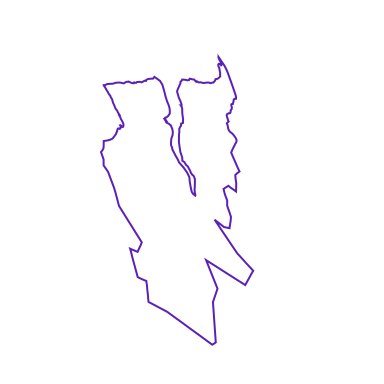 the district of Kåfjord nor 2, Troms, Norway, rotated 56°
{"feature_id": "86288312B7453580545213", "entity_name": "Kåfjord nor 2", "entity_type": "district", "adm_level": 2, "iso_a3": "NOR", "parent_name": "Norway", "parent_adm1": "Troms", "projection": "natural_earth1", "projection_center": [20.51, 69.497], "detail": "fine", "context": "isolated", "style": "outline", "palette": "violet", "viewbox_px": 384, "rotation_deg": 56, "n_neighbors": 0, "source": "geoboundaries", "source_scale": "gbopen_adm2", "svg_char_len": 5682}
<svg xmlns="http://www.w3.org/2000/svg" viewBox="0 0 384 384"><g transform="rotate(56 192 192)"><path d="M94.8,94.5L95.2,94.8L95.5,94.8L96.1,95.0L96.6,95.2L97.3,95.3L97.6,95.3L97.9,95.4L98.3,95.4L100.5,95.6L101.5,95.8L102.2,96.0L102.3,96.1L102.7,96.3L103.3,96.7L103.3,96.9L103.2,96.9L103.2,97.0L102.6,96.9L102.4,96.9L101.6,97.3L100.7,98.0L101.0,99.0L102.4,99.7L104.5,100.1L109.3,102.2L110.3,103.1L111.8,103.8L112.3,105.2L112.4,107.6L111.6,109.4L112.5,110.5L113.2,113.0L112.6,114.1L112.2,115.8L110.6,116.9L110.0,117.8L107.8,121.9L105.8,123.6L104.9,125.2L102.9,126.1L103.1,126.8L102.6,127.1L100.1,127.2L98.9,128.6L97.9,129.4L96.8,130.6L97.5,131.9L97.0,133.1L94.7,135.4L93.3,137.3L93.9,138.3L94.2,139.9L95.4,140.8L97.2,143.7L98.9,146.4L100.3,148.2L106.5,150.2L109.8,150.7L113.6,151.7L114.0,152.0L113.8,152.1L113.7,152.0L113.8,152.2L114.1,152.3L114.3,152.6L114.2,152.4L114.4,152.4L115.1,152.7L114.8,152.9L115.1,152.9L115.4,152.9L115.8,153.1L117.2,153.4L121.4,156.1L126.7,158.7L129.7,160.9L129.2,162.8L130.9,164.0L131.3,165.2L132.5,167.2L135.6,169.3L137.3,170.8L139.3,172.2L141.1,173.4L143.0,174.8L146.5,176.5L152.1,179.2L157.9,180.8L160.7,182.5L163.0,181.6L166.2,181.8L167.1,181.5L168.7,181.2L170.6,181.4L173.5,181.7L174.6,182.0L176.9,182.2L178.4,182.1L178.9,181.7L180.4,181.7L181.4,182.1L182.6,182.2L185.2,183.9L189.4,186.9L190.8,188.0L191.5,188.6L194.1,190.0L196.6,191.0L196.8,191.3L193.9,192.2L191.6,192.1L187.8,190.6L182.2,188.1L178.2,185.9L173.3,185.2L166.8,185.3L160.3,186.2L157.3,185.6L152.7,185.3L145.3,184.4L144.3,183.7L141.9,183.3L140.0,182.3L136.9,179.9L135.6,178.6L134.3,176.6L131.8,174.5L129.1,173.2L125.0,172.3L122.3,173.1L120.2,174.4L118.8,174.2L119.1,173.5L118.3,173.5L117.5,174.1L116.1,174.0L116.6,173.3L115.5,172.8L115.8,170.5L115.6,169.2L114.6,166.7L112.5,165.1L109.6,163.6L106.6,162.7L102.7,161.9L98.6,160.7L92.5,158.5L86.6,156.6L82.0,156.4L78.4,157.7L75.6,158.8L76.2,161.0L75.4,162.2L74.2,164.3L73.6,165.8L73.5,167.2L74.2,168.0L73.2,169.1L73.0,172.3L71.5,173.6L70.8,174.9L70.1,176.0L70.2,177.4L68.8,178.7L69.3,179.5L68.0,180.9L66.1,182.2L64.8,183.0L64.8,183.5L63.9,184.8L63.9,185.9L63.8,187.8L60.9,190.6L59.6,192.7L58.7,194.4L58.1,196.7L56.5,199.5L55.1,201.8L54.8,204.3L54.0,205.4L54.0,205.5L54.6,205.6L55.5,205.5L57.0,205.6L57.6,205.6L58.3,205.7L58.7,205.6L59.3,205.8L59.5,205.8L60.7,205.8L61.0,205.8L61.5,205.8L61.9,205.8L62.3,205.9L63.4,206.0L63.7,206.1L64.3,206.1L65.0,206.1L65.7,206.0L66.2,205.9L66.7,206.0L66.8,206.0L67.1,206.2L69.0,206.4L69.4,206.3L69.9,206.3L70.3,206.5L70.7,206.6L71.0,206.6L72.1,206.9L72.4,207.1L73.6,207.5L75.9,207.9L77.4,208.1L78.0,208.3L79.0,208.6L80.0,208.7L81.2,208.7L82.1,208.6L82.5,208.6L83.1,208.6L83.6,208.7L84.3,208.9L84.8,208.9L86.7,209.0L86.9,209.0L87.1,209.0L87.3,209.0L87.5,209.0L87.4,209.2L87.4,209.3L87.4,209.5L89.1,209.6L90.2,209.7L90.5,209.8L90.8,209.9L91.3,210.1L93.5,210.2L94.6,210.3L95.4,210.5L96.2,210.6L96.9,210.8L97.3,210.9L97.9,211.2L98.1,211.4L98.5,211.6L98.9,212.0L99.1,212.4L99.3,212.6L99.4,212.8L99.4,213.0L98.9,213.2L98.6,213.3L98.4,213.4L98.3,213.5L98.0,213.6L97.8,213.7L97.0,213.8L96.8,213.8L96.6,214.0L96.5,214.3L97.4,214.4L98.0,214.5L98.6,214.6L98.6,214.8L98.6,215.0L98.7,215.3L99.1,215.7L99.0,215.9L99.3,216.3L99.2,216.6L99.1,216.8L98.5,217.0L98.3,217.2L98.3,217.4L98.3,217.5L98.2,217.7L98.0,218.1L98.2,218.3L98.3,218.3L98.5,218.6L98.6,218.9L98.8,219.1L99.0,219.4L99.2,219.7L99.7,220.1L99.8,220.5L100.5,221.2L100.5,221.3L100.7,221.7L100.8,221.9L101.3,222.2L101.7,223.4L102.5,225.6L103.3,228.1L103.2,228.6L102.8,230.9L102.5,231.9L102.3,232.5L101.3,234.7L100.4,236.7L104.3,239.4L106.4,241.1L107.3,243.0L108.0,245.1L115.6,247.1L117.7,248.5L120.5,250.4L128.3,250.3L144.2,254.1L146.0,254.6L150.7,256.1L162.7,260.3L200.0,261.6L205.6,261.8L207.2,264.0L209.5,267.9L211.2,270.6L204.4,275.0L206.9,275.8L213.4,278.2L232.2,284.6L233.6,283.8L236.0,282.4L238.5,280.8L240.2,279.6L245.4,282.2L247.8,283.6L252.3,285.9L254.8,287.3L256.3,288.2L258.9,289.5L277.4,279.6L329.9,260.6L330.0,259.0L330.0,256.4L295.0,236.2L293.0,233.6L286.4,224.9L256.4,218.4L298.9,199.9L295.2,192.6L294.1,190.5L293.2,188.8L292.0,186.3L291.5,185.3L282.4,186.7L279.1,187.2L271.2,188.3L268.4,188.8L261.7,188.8L255.3,188.8L249.8,188.8L241.0,188.8L238.4,188.8L234.6,188.7L231.2,188.8L227.6,188.7L229.2,188.3L234.4,186.5L238.9,185.1L243.0,181.1L241.9,180.2L238.8,177.3L237.3,175.9L234.4,173.6L229.1,172.1L225.2,171.1L222.8,170.4L218.8,167.6L213.0,166.2L211.3,165.7L208.7,164.7L207.1,164.2L207.1,161.5L207.2,159.1L207.2,158.4L209.5,157.7L212.6,156.5L216.2,155.2L209.3,150.3L208.6,150.0L205.1,148.3L203.1,147.2L202.1,146.6L201.9,145.3L201.7,144.1L201.7,143.4L201.6,141.2L196.2,140.3L194.2,139.9L184.8,138.2L181.1,137.4L180.2,135.9L179.2,134.4L177.1,130.6L176.4,129.5L176.0,128.5L175.1,127.0L174.7,126.6L174.3,126.4L173.9,126.1L173.4,125.9L172.7,125.7L171.7,125.6L169.7,125.6L167.5,125.7L166.9,125.8L165.5,126.1L164.1,126.6L163.1,126.9L162.3,126.9L161.6,126.9L160.8,126.8L160.1,126.7L159.4,126.4L158.2,125.8L157.1,125.4L155.5,124.9L154.7,124.8L154.4,124.1L154.2,123.4L154.2,122.8L154.1,122.2L153.1,122.1L152.4,121.9L151.0,121.4L148.6,120.7L147.7,120.3L147.4,119.8L147.1,119.3L147.1,118.9L147.3,117.8L147.3,117.3L147.9,116.7L147.9,116.4L147.7,115.9L147.3,115.3L146.8,114.9L146.0,114.4L145.9,114.1L145.5,113.0L144.7,112.0L144.0,111.6L142.5,111.1L141.5,110.6L141.3,110.2L141.4,109.9L141.4,109.7L141.8,109.1L141.9,108.9L141.6,108.6L141.2,108.3L141.0,108.0L140.8,107.7L140.5,107.4L140.2,107.1L139.7,106.5L138.9,106.0L138.7,105.7L138.6,105.4L138.7,104.1L138.9,103.8L139.2,103.6L139.3,103.4L139.0,103.2L138.6,102.8L137.5,102.2L136.2,101.7L126.6,99.1L113.3,95.7L111.0,95.2L106.0,94.5L99.4,94.5L94.8,94.5Z" fill="none" stroke="#5b21b6" stroke-width="2"/></g></svg>